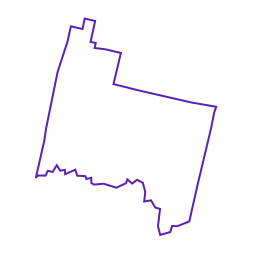 the district of Benton, Oregon, United States of America, rotated 103°
{"feature_id": "52423323B6989914060643", "entity_name": "Benton", "entity_type": "district", "adm_level": 2, "iso_a3": "USA", "parent_name": "United States of America", "parent_adm1": "Oregon", "projection": "orthographic", "projection_center": [-123.35, 44.499], "detail": "fine", "context": "isolated", "style": "outline", "palette": "violet", "viewbox_px": 256, "rotation_deg": 103, "n_neighbors": 0, "source": "geoboundaries", "source_scale": "gbopen_adm2", "svg_char_len": 816}
<svg xmlns="http://www.w3.org/2000/svg" viewBox="0 0 256 256"><g transform="rotate(103 128 128)"><path d="M205.2,47.2L196.6,47.3L165.5,47.4L108.6,47.0L93.1,47.5L87.5,46.8L88.9,72.4L89.0,125.1L88.5,152.0L56.5,151.8L56.4,167.8L57.6,178.5L52.5,178.5L52.5,183.8L31.1,184.1L31.1,194.8L41.8,194.6L41.8,206.5L57.5,206.4L89.4,209.2L147.4,207.7L158.6,206.7L197.4,206.6L194.6,205.2L192.9,197.6L187.8,196.5L187.8,191.6L180.3,189.0L184.8,184.4L183.0,180.1L187.1,178.8L180.5,170.0L185.9,166.7L184.5,158.7L187.1,157.1L184.8,152.6L189.8,151.3L190.8,148.5L187.8,139.2L188.4,131.0L188.8,125.9L182.2,117.5L178.2,117.1L181.2,111.4L176.4,107.6L178.1,101.2L186.4,96.8L196.0,95.7L193.3,89.3L199.4,83.5L199.6,78.6L216.9,76.7L224.9,72.6L219.9,63.4L213.6,63.0L212.5,57.8L205.2,47.2Z" fill="none" stroke="#5b21b6" stroke-width="2"/></g></svg>